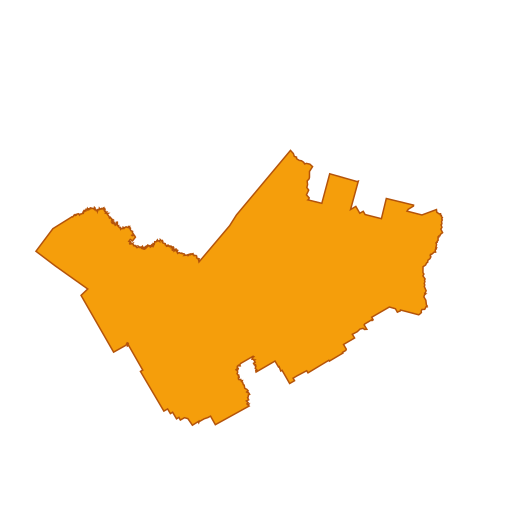 outline of Lachlan, New South Wales, Australia, rotated 52°
{"feature_id": "25037944B93105500759341", "entity_name": "Lachlan", "entity_type": "district", "adm_level": 2, "iso_a3": "AUS", "parent_name": "Australia", "parent_adm1": "New South Wales", "projection": "mercator", "projection_center": [147.012, -32.8], "detail": "fine", "context": "isolated", "style": "filled", "palette": "amber", "viewbox_px": 512, "rotation_deg": 52, "n_neighbors": 0, "source": "geoboundaries", "source_scale": "gbopen_adm2", "svg_char_len": 6151}
<svg xmlns="http://www.w3.org/2000/svg" viewBox="0 0 512 512"><g transform="rotate(52 256 256)"><path d="M350.2,410.3L350.9,403.6L352.1,403.8L351.2,402.4L351.6,402.4L352.4,397.0L353.7,393.4L354.2,390.4L363.9,391.9L370.0,353.8L368.9,354.0L368.5,353.1L368.3,354.0L367.0,354.2L366.9,352.5L364.3,352.8L364.8,350.3L362.4,349.8L362.3,349.0L360.8,347.6L361.1,346.2L358.8,346.0L358.4,346.8L357.4,347.1L357.3,345.2L355.5,345.3L353.3,346.3L350.4,344.8L349.6,345.2L347.2,344.3L346.3,344.6L345.8,343.6L345.3,344.5L343.9,344.0L343.0,345.5L341.9,345.5L341.3,344.3L340.3,344.9L341.0,343.8L339.2,343.0L339.1,343.5L337.1,343.4L336.4,342.1L335.2,341.4L333.3,341.8L333.2,340.7L334.3,340.1L333.7,339.2L332.2,339.4L331.4,338.6L331.3,337.4L331.7,337.6L332.8,336.1L331.7,335.8L331.2,334.3L333.2,320.0L334.0,319.7L333.9,321.0L334.8,322.7L336.1,321.5L336.9,321.8L337.2,321.2L337.3,321.8L339.3,322.1L339.0,324.0L340.9,324.3L341.4,323.4L342.5,324.3L342.8,324.0L344.1,325.8L347.0,325.4L347.2,326.0L346.4,325.9L346.2,326.8L347.5,327.4L350.5,305.7L357.3,306.6L357.4,305.9L361.9,307.3L362.1,305.8L377.2,308.0L378.0,302.4L375.1,302.0L375.7,297.4L377.6,286.7L380.1,287.0L383.0,262.8L384.0,262.9L386.0,247.3L385.2,247.2L385.7,243.4L385.0,242.2L379.6,241.5L381.3,228.8L377.0,228.3L378.0,222.8L377.6,219.0L379.0,216.1L380.6,215.8L382.0,213.8L376.9,213.2L376.5,212.2L377.5,204.2L378.3,204.3L378.4,203.0L375.5,202.5L378.3,182.3L383.4,178.6L387.3,179.2L388.1,176.1L387.5,175.4L402.5,164.0L402.6,163.1L402.4,160.5L401.1,159.7L400.3,158.2L401.9,155.9L400.7,153.2L401.1,152.7L400.7,152.7L400.8,151.9L399.4,151.8L395.4,149.4L391.6,148.9L390.4,147.2L390.3,146.0L390.0,146.5L389.3,146.1L389.6,145.8L388.1,143.3L383.7,142.2L382.7,140.8L381.3,140.4L380.1,138.6L378.9,138.2L378.2,136.9L374.4,136.7L373.6,134.8L371.9,134.7L367.3,131.0L367.5,127.9L366.4,125.7L366.7,124.7L365.2,123.2L365.2,120.6L364.3,118.7L363.0,118.6L362.5,118.0L362.7,117.2L362.3,117.2L362.8,115.8L362.6,113.2L363.5,112.1L361.6,111.1L361.4,109.6L360.8,109.6L360.7,108.8L360.2,109.2L358.2,106.7L356.5,106.1L356.7,104.7L356.0,104.4L355.8,102.9L353.1,100.8L353.6,100.1L352.8,99.4L353.3,98.7L352.5,97.3L352.5,94.6L348.6,93.8L347.9,91.8L345.4,91.0L345.1,89.7L343.0,88.5L342.3,87.0L341.1,86.9L340.4,85.4L339.1,85.7L338.1,84.9L337.2,85.4L336.3,84.6L335.6,85.7L332.8,86.6L330.5,85.2L325.8,100.0L313.6,109.4L312.9,107.4L313.6,101.2L312.9,100.5L290.9,117.9L303.8,134.2L290.5,144.5L286.8,144.0L286.2,147.9L278.4,146.8L277.6,152.9L260.0,129.3L259.6,130.5L236.6,147.3L255.0,171.7L243.8,180.5L243.8,179.5L242.9,178.3L238.9,178.6L236.5,173.9L233.3,173.8L231.5,171.4L228.4,169.5L227.9,166.7L226.9,165.4L222.3,161.8L220.4,156.4L216.8,157.0L214.0,159.3L213.4,161.0L211.6,160.7L209.0,161.5L207.2,163.1L204.3,164.1L203.0,163.2L201.1,164.5L198.3,163.5L194.0,163.8L211.6,246.1L215.9,258.1L225.6,304.6L223.8,303.7L224.2,303.1L223.0,303.4L223.0,302.7L221.0,304.0L219.6,302.8L218.6,303.0L217.6,304.6L216.9,304.3L215.8,305.0L215.4,304.4L215.1,305.2L214.8,304.4L214.7,306.6L214.0,306.4L213.1,308.8L213.9,308.4L213.9,309.4L213.1,309.4L211.4,312.1L211.3,311.3L210.1,311.3L208.5,312.9L208.0,312.7L207.6,313.6L206.0,314.5L205.7,316.1L203.3,315.4L203.7,314.7L203.4,314.2L202.6,314.6L202.9,315.7L202.0,315.5L201.8,316.6L201.2,315.0L200.3,316.3L200.6,316.9L200.0,317.3L200.4,318.0L199.7,318.3L199.1,317.8L199.4,316.5L198.6,316.6L198.5,315.6L197.9,315.6L197.4,317.4L196.8,316.6L195.8,316.9L195.9,317.9L195.4,318.4L194.8,318.0L194.2,318.9L193.4,318.5L193.0,319.1L193.5,319.8L193.8,319.6L193.3,320.5L192.7,320.0L191.3,320.6L190.4,319.9L188.5,321.3L187.3,321.2L187.3,320.6L186.2,320.2L186.0,321.0L184.4,321.3L184.9,321.6L184.4,322.6L185.1,323.0L184.4,323.1L183.9,324.1L182.6,323.8L183.3,326.0L182.4,327.0L184.3,329.1L184.2,329.8L183.5,329.0L182.8,329.5L183.7,330.6L184.9,330.6L185.2,331.4L184.3,331.5L184.1,332.5L183.6,331.3L183.0,331.4L183.3,332.0L182.6,333.3L183.2,333.8L182.0,333.9L181.8,334.9L181.4,334.3L180.8,334.5L181.6,335.7L180.8,335.8L180.6,337.0L181.1,337.5L181.8,337.2L182.1,338.1L181.1,338.9L180.6,338.2L180.4,338.6L180.8,339.4L181.9,339.7L181.2,340.4L180.3,339.9L180.4,340.8L179.9,341.2L179.5,340.0L178.4,339.5L178.5,341.4L177.7,341.7L177.8,342.3L176.2,342.6L176.5,343.9L176.0,344.8L174.8,344.6L174.7,344.0L174.1,345.1L173.3,344.8L172.5,346.1L171.4,345.5L170.3,346.0L170.1,345.4L169.8,346.4L168.6,346.5L169.4,347.2L169.0,348.0L168.3,347.9L167.7,346.5L168.2,346.3L167.6,346.0L166.2,347.2L165.5,344.9L168.1,344.0L166.9,339.4L164.8,339.1L163.8,341.0L163.2,341.1L163.8,339.3L163.5,339.1L161.5,339.0L160.6,338.1L159.0,339.0L157.0,338.5L156.8,337.8L156.0,337.9L156.3,338.5L155.3,338.8L155.4,338.2L154.8,338.4L154.7,337.7L154.2,338.3L154.6,338.8L154.3,339.8L153.0,340.4L152.9,342.2L152.3,342.5L152.7,342.9L151.6,343.2L152.5,344.0L151.5,345.0L151.6,346.2L150.2,345.4L150.2,345.9L148.5,346.2L147.5,345.5L147.2,346.3L144.9,346.1L145.3,345.4L144.0,344.4L143.4,345.4L145.1,347.0L145.1,348.0L142.9,347.4L143.3,347.9L142.2,348.2L142.4,348.7L141.8,349.1L141.0,349.1L141.4,348.0L140.8,348.2L141.4,347.3L139.7,347.5L139.9,346.2L139.1,346.4L138.8,347.5L138.3,346.9L135.8,347.0L136.1,348.0L135.7,348.1L134.5,347.5L131.3,347.4L131.4,346.2L129.7,348.1L129.4,346.8L128.9,347.7L128.0,347.0L127.5,347.7L125.5,347.1L126.2,346.3L125.5,346.0L125.0,346.7L124.3,346.2L124.1,347.3L124.5,347.7L123.8,348.9L123.4,348.7L123.2,350.0L121.9,350.0L122.9,351.0L122.2,351.7L123.2,353.4L122.0,352.7L121.9,354.0L120.6,353.7L120.3,354.6L119.5,354.7L119.1,353.3L118.2,353.4L119.1,354.5L116.3,356.7L116.8,357.1L116.2,357.5L116.6,358.1L116.1,358.5L116.4,359.0L115.8,359.1L116.1,359.9L114.7,359.6L115.4,360.8L114.6,361.3L115.7,362.4L115.3,362.9L114.3,362.4L115.0,363.4L114.3,363.6L114.8,364.9L115.3,364.7L116.0,365.8L115.4,366.1L115.6,367.2L114.6,369.0L115.1,369.8L113.3,370.0L112.4,372.4L113.1,372.7L112.7,373.7L111.7,373.8L112.4,376.4L111.8,376.8L109.4,399.2L116.8,426.5L140.2,420.3L178.4,408.9L179.3,418.1L244.1,427.4L246.4,412.5L245.7,412.4L245.1,410.9L246.2,410.4L247.8,412.5L248.0,411.4L276.2,415.5L275.8,418.1L321.5,424.1L322.1,419.8L327.5,420.5L327.8,417.9L335.4,418.9L335.7,416.1L338.7,416.6L339.4,411.9L342.2,409.8L350.2,410.3Z" fill="#f59e0b" stroke="#b45309" stroke-width="1.5"/></g></svg>